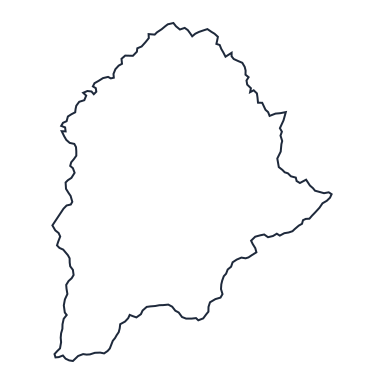 the district of Itapira, São Paulo, Brazil
{"feature_id": "56859067B4664516134209", "entity_name": "Itapira", "entity_type": "district", "adm_level": 2, "iso_a3": "BRA", "parent_name": "Brazil", "parent_adm1": "São Paulo", "projection": "mercator", "projection_center": [-46.772, -22.437], "detail": "fine", "context": "isolated", "style": "outline", "palette": "slate", "viewbox_px": 384, "rotation_deg": 0, "n_neighbors": 0, "source": "geoboundaries", "source_scale": "gbopen_adm2", "svg_char_len": 3088}
<svg xmlns="http://www.w3.org/2000/svg" viewBox="0 0 384 384"><path d="M219.7,45.0L216.4,43.9L217.1,40.8L217.9,36.8L214.5,33.7L211.5,31.9L207.4,29.1L203.1,30.5L199.0,31.9L195.3,33.7L192.2,36.3L190.3,33.5L187.8,30.1L184.7,27.9L179.9,29.5L176.0,26.3L173.4,23.0L167.8,24.3L165.3,26.2L161.7,29.2L157.0,32.3L154.7,34.6L148.6,34.1L148.8,38.1L145.4,42.3L141.6,46.5L137.3,48.3L136.9,51.7L132.9,55.8L125.2,55.6L121.5,58.8L122.0,63.8L118.7,65.6L115.4,69.2L113.5,73.9L113.8,77.7L110.8,78.4L108.1,76.9L103.0,78.1L98.4,81.0L94.5,83.2L92.9,86.4L95.8,88.2L96.3,91.7L93.8,94.2L91.5,91.5L87.4,91.0L83.2,92.8L86.2,95.6L84.3,100.2L79.2,101.8L76.3,105.7L75.6,108.9L75.2,112.3L71.5,114.2L67.9,116.5L66.6,121.2L63.0,122.8L61.2,125.9L65.1,127.4L65.6,131.4L61.7,131.2L64.2,136.3L66.3,139.9L69.7,142.9L74.3,143.9L76.0,147.1L76.3,151.2L76.3,155.7L73.8,159.2L71.2,162.3L70.2,165.9L72.9,168.2L74.6,172.8L71.4,177.9L67.9,180.2L65.6,182.5L66.0,188.8L68.6,193.0L70.6,195.9L72.3,201.8L70.8,204.5L66.6,205.5L63.5,208.7L52.4,225.4L55.3,230.4L58.6,233.0L60.2,236.5L58.2,241.7L57.0,245.4L59.4,247.9L63.2,249.6L67.9,255.2L69.6,258.3L69.7,262.6L70.2,266.3L72.9,269.9L73.6,275.0L71.7,278.2L68.6,281.0L66.2,284.9L66.5,288.6L67.4,294.0L64.9,299.4L63.8,305.4L64.8,312.5L66.7,315.0L63.7,318.8L62.5,324.3L62.4,328.8L61.1,333.3L60.7,337.8L61.1,342.2L60.0,348.4L57.3,351.0L54.5,354.1L55.5,357.4L58.8,357.1L62.9,355.5L65.6,358.7L69.2,360.4L72.9,361.0L75.2,358.8L78.1,356.0L83.1,354.1L86.6,354.6L89.9,354.4L94.9,352.8L100.2,352.6L104.1,353.4L107.6,351.0L109.8,348.5L112.8,340.8L115.0,338.1L116.7,335.1L118.7,332.2L119.7,328.4L120.2,324.2L125.0,321.6L128.2,318.2L129.7,314.9L132.7,316.1L136.4,317.4L140.9,314.2L142.6,310.5L146.7,306.9L150.3,306.4L155.3,306.0L159.4,305.2L163.2,305.1L168.3,304.6L172.2,306.7L175.3,310.7L178.7,312.5L182.0,317.0L186.1,318.6L191.7,318.6L196.0,318.1L198.3,320.3L203.2,318.4L206.4,314.1L208.4,311.7L208.5,306.9L210.0,302.3L215.4,299.1L220.5,297.6L222.5,294.1L221.0,289.1L221.3,284.4L222.2,280.6L223.8,276.2L226.1,273.7L227.7,269.5L231.1,266.7L232.6,262.3L236.7,259.6L241.4,257.6L245.6,258.3L248.5,257.4L251.6,255.3L256.4,252.3L255.3,248.2L252.7,244.0L251.1,240.7L255.2,236.7L260.3,235.3L264.2,234.5L268.0,237.2L273.0,236.0L276.8,233.7L279.8,235.6L284.3,233.2L288.6,232.5L292.5,231.2L294.7,229.1L298.8,225.6L302.0,223.8L303.0,220.2L305.8,218.9L309.4,218.7L312.0,215.7L315.2,212.4L319.5,207.7L322.5,203.3L326.8,200.8L330.0,197.7L331.6,194.2L328.7,192.3L324.0,193.2L320.5,192.2L315.0,190.7L313.0,188.2L309.9,185.5L306.1,179.7L299.9,183.0L296.6,181.0L295.8,177.6L290.9,176.3L287.9,173.3L284.7,172.3L282.4,169.9L278.8,167.1L277.3,158.5L280.7,151.6L281.4,144.1L282.2,141.0L280.5,135.6L281.9,131.7L279.9,128.2L283.5,120.4L284.7,116.1L285.8,112.1L280.2,113.2L275.5,113.6L269.6,115.9L268.1,112.1L265.5,109.8L262.2,102.8L258.0,102.7L257.5,97.5L256.9,93.4L253.7,90.3L250.1,92.2L250.9,88.2L247.2,84.6L246.5,80.5L248.6,77.2L245.5,74.7L245.6,70.5L244.7,66.9L242.3,62.8L238.3,61.1L233.7,59.0L231.6,56.3L231.6,52.8L228.5,54.8L225.5,56.7L223.3,52.4L221.3,49.0L219.7,45.0Z" fill="none" stroke="#1e293b" stroke-width="2"/></svg>